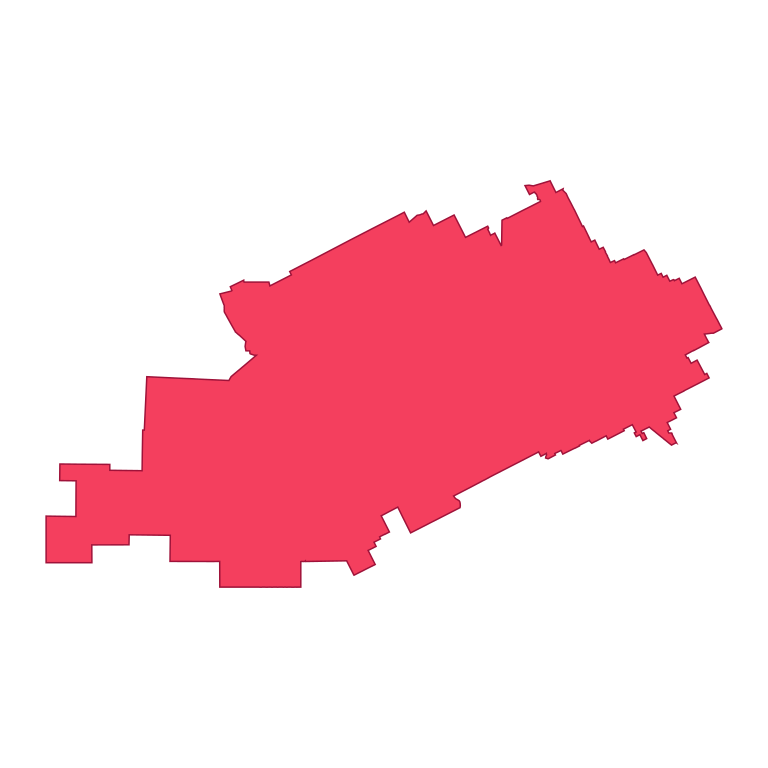 the district of York, Western Australia, Australia
{"feature_id": "25037944B97234562917936", "entity_name": "York", "entity_type": "district", "adm_level": 2, "iso_a3": "AUS", "parent_name": "Australia", "parent_adm1": "Western Australia", "projection": "mercator", "projection_center": [116.796, -31.917], "detail": "fine", "context": "isolated", "style": "filled", "palette": "rose", "viewbox_px": 768, "rotation_deg": 0, "n_neighbors": 0, "source": "geoboundaries", "source_scale": "gbopen_adm2", "svg_char_len": 5650}
<svg xmlns="http://www.w3.org/2000/svg" viewBox="0 0 768 768"><path d="M46.1,562.7L91.9,562.7L91.8,544.9L129.0,544.8L129.2,534.8L170.3,535.3L170.0,561.4L213.5,561.5L219.7,561.4L219.7,561.8L219.8,587.1L257.5,587.1L258.5,587.1L259.0,587.1L259.9,587.2L261.7,587.2L262.2,587.1L262.6,587.1L264.8,587.1L266.1,587.2L266.6,587.2L267.0,587.2L269.3,587.1L270.1,587.1L271.8,587.2L272.8,587.2L273.4,587.1L275.5,587.1L275.9,587.1L276.8,587.1L277.0,587.2L277.5,587.2L278.1,587.2L278.7,587.1L279.6,587.1L280.4,587.1L281.9,587.1L282.6,587.1L283.0,587.2L283.8,587.2L284.3,587.1L285.0,587.1L285.8,587.1L286.1,587.2L286.7,587.2L287.0,587.2L287.3,587.2L288.4,587.1L289.3,587.1L290.4,587.1L292.0,587.2L293.9,587.2L294.7,587.1L295.2,587.1L295.7,587.1L296.4,587.2L296.8,587.1L297.0,587.1L297.3,587.1L297.9,587.2L298.1,587.1L298.4,587.1L300.8,587.1L300.8,578.3L300.8,561.6L301.3,561.5L301.5,561.5L301.7,561.4L302.3,561.4L302.7,561.5L303.2,561.5L303.8,561.5L304.1,561.4L305.2,561.2L305.3,561.1L305.3,561.5L346.7,560.8L346.8,561.1L353.9,575.1L354.0,575.2L367.4,568.4L375.2,564.5L368.1,550.4L368.8,550.1L376.1,546.4L374.0,542.2L380.5,538.9L379.9,537.6L379.6,536.8L384.8,534.2L384.9,534.3L389.4,532.0L381.2,515.8L384.7,514.0L389.0,511.7L397.8,507.1L402.5,516.7L410.6,532.9L430.5,522.7L456.6,509.4L459.5,507.9L460.0,507.7L460.3,505.9L460.2,503.8L459.9,502.0L459.3,500.9L459.2,500.8L458.9,500.6L457.7,499.8L456.2,499.0L455.5,498.5L454.7,497.5L453.8,496.3L453.6,496.0L474.8,485.0L483.1,480.6L484.6,479.9L489.7,477.1L493.5,475.1L509.5,466.9L535.4,453.6L538.6,451.9L540.9,456.3L544.6,454.4L546.3,453.4L546.3,453.6L546.6,454.9L545.8,456.7L545.6,458.0L548.1,458.8L549.1,458.3L555.4,455.0L554.8,453.8L554.7,453.6L554.9,453.4L555.2,453.3L555.6,453.1L556.4,452.7L557.5,452.2L558.3,451.8L560.3,450.8L560.7,450.6L560.8,450.5L561.0,450.5L562.8,454.1L574.5,448.3L574.8,448.3L578.8,446.3L579.5,446.0L579.6,445.9L579.6,445.7L579.4,445.3L589.4,440.4L589.5,440.9L591.8,443.2L595.7,441.2L595.9,441.2L606.2,435.8L607.8,439.1L610.8,437.6L624.2,430.7L623.4,429.2L632.3,424.7L636.1,432.0L634.3,432.9L636.2,436.6L639.9,434.7L642.9,440.6L646.7,438.6L643.8,432.7L642.2,433.5L641.1,431.3L641.0,431.1L643.5,429.9L645.2,429.0L648.1,427.6L649.2,427.0L650.2,427.8L651.2,428.7L652.8,430.0L655.2,431.9L656.1,432.7L658.7,434.8L661.7,437.2L663.0,438.2L664.3,439.4L665.2,440.0L666.4,441.0L667.0,441.5L667.5,441.9L669.2,443.3L671.0,444.7L671.4,445.0L671.5,445.1L676.2,442.7L676.5,442.9L671.9,433.9L672.1,433.8L671.7,433.0L668.8,433.0L667.7,430.8L670.6,429.3L667.2,422.5L676.5,417.8L673.9,412.7L680.7,409.3L674.0,396.1L675.3,395.4L678.2,393.9L684.0,391.0L684.0,390.8L693.2,386.1L702.0,381.6L709.1,377.9L706.8,373.4L704.7,374.5L697.1,360.1L691.1,363.3L688.1,357.6L687.0,358.1L685.3,354.9L693.6,350.4L693.7,350.6L708.8,342.5L708.2,341.6L707.8,340.7L706.5,338.4L705.3,336.0L704.4,334.1L706.8,333.8L709.3,333.5L710.7,333.3L711.4,333.2L711.7,333.2L713.0,333.2L713.5,333.2L721.9,328.8L721.9,328.7L721.1,327.2L719.3,323.8L718.2,321.6L717.1,319.5L716.4,318.3L711.9,309.8L710.7,307.5L710.4,306.7L709.7,305.4L709.4,305.2L703.2,292.9L700.7,287.8L699.7,285.9L695.2,277.1L682.5,283.5L681.9,283.7L679.2,278.3L674.4,280.7L673.9,279.7L673.4,279.6L670.3,281.0L669.8,281.2L666.8,275.3L663.1,277.2L661.2,273.4L657.7,275.1L652.5,264.6L652.4,264.5L646.3,252.6L644.0,249.9L633.9,254.9L633.8,254.7L624.1,259.5L623.7,258.8L615.6,262.8L614.5,260.6L610.4,262.5L610.1,261.9L609.9,261.6L609.0,259.5L608.0,257.5L607.4,256.4L607.5,256.0L605.4,252.3L605.5,251.7L603.2,247.3L599.2,249.2L594.8,240.1L591.2,241.9L588.9,237.3L589.0,237.3L585.7,230.5L583.5,226.0L582.4,226.5L582.0,225.6L579.8,221.0L574.4,209.8L573.9,209.0L573.8,208.8L570.8,202.9L568.0,197.6L566.2,193.6L562.8,190.2L563.1,188.8L555.9,192.5L550.1,180.8L549.9,180.9L533.3,185.9L529.1,185.2L525.0,185.6L525.3,186.2L529.5,194.5L534.0,192.2L534.6,192.1L535.3,193.3L536.0,193.6L536.4,194.5L537.0,195.2L537.1,196.3L537.6,197.0L537.7,197.6L537.6,198.3L537.6,199.1L537.8,199.5L539.2,199.4L539.9,199.8L540.3,200.5L540.5,201.5L540.0,201.7L521.8,210.9L507.2,218.4L506.8,217.8L502.0,220.2L501.6,245.2L501.1,245.5L496.7,236.8L496.5,236.5L494.8,233.1L494.4,233.4L492.3,234.4L492.2,234.4L490.7,235.2L490.6,235.3L489.8,233.7L489.8,233.4L487.7,229.2L488.3,228.8L488.6,228.0L487.7,226.2L465.5,237.4L462.0,230.5L459.8,226.2L454.1,215.0L433.5,225.5L426.1,210.9L423.1,213.9L421.9,214.0L421.2,214.3L420.1,214.8L417.1,215.3L409.2,222.2L404.3,212.2L397.4,215.8L372.9,228.3L357.4,236.3L356.4,236.8L350.8,239.7L329.6,250.8L310.7,260.7L289.7,271.5L291.4,274.9L269.9,285.9L268.9,282.1L244.1,282.1L243.7,280.9L243.7,280.2L230.3,286.7L231.9,290.6L231.1,291.1L219.9,293.9L221.1,297.3L221.5,298.3L222.0,299.7L223.8,304.5L224.3,305.7L224.2,307.1L224.3,308.7L224.2,310.1L224.3,311.8L224.4,312.1L224.7,312.6L225.1,313.4L226.6,316.0L227.0,316.8L231.1,324.2L234.5,330.2L235.2,331.4L235.3,331.6L235.3,331.8L235.5,331.9L235.6,332.1L235.9,332.3L238.2,334.4L238.6,334.7L238.8,334.8L239.1,335.1L239.4,335.3L239.6,335.5L239.9,335.7L240.4,336.2L240.7,336.5L241.5,337.2L244.6,340.1L244.9,340.4L245.6,341.0L245.9,341.4L245.8,341.5L245.1,346.4L245.9,350.8L249.7,350.9L250.0,353.6L250.7,354.0L253.1,354.8L253.9,355.1L254.1,355.1L254.7,355.2L254.9,355.2L255.0,355.2L255.3,355.2L255.7,355.2L255.8,355.2L256.0,355.2L256.2,355.3L256.3,355.3L246.1,364.0L231.1,376.6L228.9,380.5L202.2,379.3L198.0,379.1L196.9,379.0L196.0,379.0L193.0,378.8L185.5,378.5L176.4,378.1L146.8,376.7L146.1,392.0L144.3,430.1L142.7,430.1L142.3,453.4L142.1,470.7L109.8,470.3L109.8,464.4L78.1,464.2L59.9,464.0L59.7,480.6L76.1,480.8L76.0,494.1L75.9,516.5L59.3,516.3L46.1,516.1L46.1,531.4L46.1,535.2L46.1,562.7Z" fill="#f43f5e" stroke="#9f1239" stroke-width="1.5"/></svg>